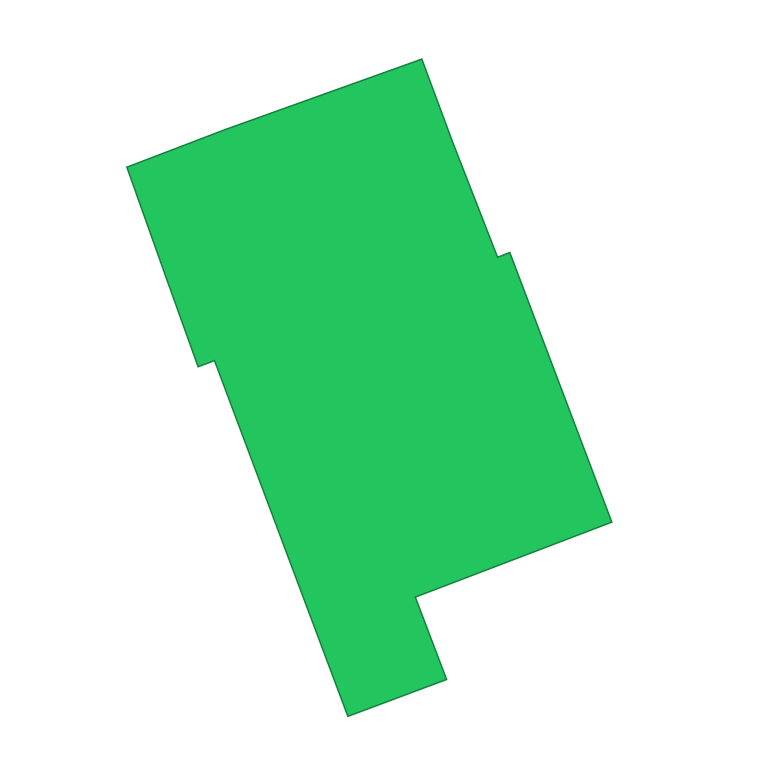 Dallas, Missouri, United States of America, rotated 338°
{"feature_id": "52423323B61703170015618", "entity_name": "Dallas", "entity_type": "district", "adm_level": 2, "iso_a3": "USA", "parent_name": "United States of America", "parent_adm1": "Missouri", "projection": "orthographic", "projection_center": [-93.034, 37.66], "detail": "fine", "context": "isolated", "style": "filled", "palette": "green", "viewbox_px": 768, "rotation_deg": 338, "n_neighbors": 0, "source": "geoboundaries", "source_scale": "gbopen_adm2", "svg_char_len": 336}
<svg xmlns="http://www.w3.org/2000/svg" viewBox="0 0 768 768"><g transform="rotate(338 384 384)"><path d="M331.4,681.4L333.2,593.3L543.5,597.4L549.9,309.2L536.8,309.0L538.3,184.8L540.8,96.9L332.5,88.6L226.8,86.6L221.6,209.9L218.1,298.4L235.6,298.8L226.0,678.6L331.4,681.4Z" fill="#22c55e" stroke="#15803d" stroke-width="1.5"/></g></svg>